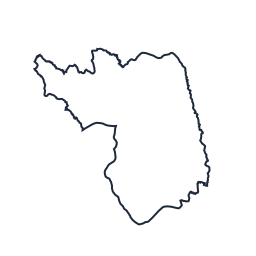 Logroño, Morona Santiago, Ecuador, rotated 343°
{"feature_id": "8360857B64842407463110", "entity_name": "Logroño", "entity_type": "district", "adm_level": 2, "iso_a3": "ECU", "parent_name": "Ecuador", "parent_adm1": "Morona Santiago", "projection": "robinson", "projection_center": [-78.085, -2.764], "detail": "fine", "context": "isolated", "style": "outline", "palette": "slate", "viewbox_px": 256, "rotation_deg": 343, "n_neighbors": 0, "source": "geoboundaries", "source_scale": "gbopen_adm2", "svg_char_len": 5712}
<svg xmlns="http://www.w3.org/2000/svg" viewBox="0 0 256 256"><g transform="rotate(343 128 128)"><path d="M147.1,64.9L147.0,65.7L146.1,66.6L144.1,66.6L141.8,67.8L141.3,68.4L141.0,68.4L140.8,67.6L140.1,67.4L140.2,66.8L139.9,66.6L139.9,66.1L139.6,66.1L139.5,65.2L138.6,64.9L138.6,64.1L138.2,63.8L139.8,62.9L139.9,62.6L139.6,62.4L139.9,62.1L139.1,61.6L138.9,60.8L139.6,60.6L138.3,59.3L138.3,58.1L138.5,57.5L138.4,57.2L138.1,57.1L138.6,55.8L138.1,55.9L137.6,55.5L138.0,54.7L137.6,54.6L137.2,55.0L136.7,54.9L136.5,54.5L136.6,53.8L135.5,53.1L133.9,53.3L133.0,52.3L132.3,52.4L132.1,51.7L132.5,51.2L131.9,50.8L131.9,50.3L131.5,49.9L130.7,50.0L130.4,49.7L129.9,47.7L128.2,46.9L127.3,46.7L127.1,46.4L127.0,45.8L125.1,44.3L124.3,44.0L122.3,43.8L121.7,43.4L121.0,44.7L119.2,44.5L117.1,43.7L116.3,43.7L116.1,44.0L115.8,44.7L115.9,46.6L115.6,49.5L115.1,51.2L114.6,52.0L113.3,52.4L113.0,53.0L113.7,56.2L113.4,58.6L113.4,60.7L113.0,62.1L112.9,63.2L112.6,64.2L111.9,65.1L110.4,65.6L109.8,65.4L108.9,64.7L107.6,62.6L106.5,62.1L105.1,60.0L104.0,60.5L103.3,61.1L103.3,61.5L102.3,62.5L101.4,62.6L100.1,61.8L99.7,60.8L98.3,60.6L97.9,60.9L97.5,60.6L97.4,59.9L97.1,59.7L97.3,59.1L97.0,58.4L97.2,57.0L97.0,56.3L97.2,55.1L96.3,54.0L96.4,53.3L96.2,52.8L95.4,51.9L94.5,52.5L93.2,52.7L90.4,51.4L86.1,54.7L85.4,56.3L84.9,55.9L83.9,56.0L82.7,57.2L82.3,55.1L82.8,54.2L82.3,54.1L82.0,53.4L81.6,53.6L80.9,53.2L80.7,52.7L79.5,51.5L78.1,50.7L77.5,50.2L76.8,50.1L76.9,48.5L76.1,47.9L76.3,47.3L76.0,46.8L76.1,46.4L74.9,45.6L74.7,44.7L74.2,43.8L74.6,43.5L74.5,43.3L73.6,43.1L73.1,42.3L73.2,42.0L72.7,41.5L72.3,41.9L71.0,40.7L70.0,40.9L69.2,40.1L68.7,40.0L68.7,39.3L67.5,37.6L66.4,35.3L66.4,34.2L65.9,33.5L65.3,33.4L65.1,32.7L64.7,32.8L64.9,32.3L64.3,32.3L63.2,33.0L62.4,32.7L62.0,33.0L62.0,33.6L61.5,33.4L60.4,35.0L59.7,35.3L59.2,36.5L58.1,37.2L59.9,40.4L59.9,41.7L59.0,42.9L57.5,44.0L55.8,44.2L56.2,45.6L56.5,46.3L57.0,46.5L57.6,48.1L57.8,50.0L59.7,52.2L59.6,53.1L60.3,53.3L60.7,53.8L61.1,56.1L61.4,56.7L61.0,59.8L61.3,60.5L61.2,61.6L61.5,62.5L59.5,65.7L59.7,67.9L58.1,71.1L57.8,72.1L58.0,72.7L58.5,73.2L59.5,73.6L60.4,73.4L61.3,72.7L62.1,72.5L62.8,72.4L63.8,72.8L64.3,73.5L66.0,74.5L67.3,76.0L68.4,77.9L68.2,78.6L68.4,78.9L70.4,80.2L73.4,80.9L75.3,83.2L75.7,84.0L75.7,85.0L76.8,85.4L76.5,87.6L77.0,88.8L76.9,89.2L74.8,90.0L74.4,90.5L74.4,91.0L75.1,91.0L75.3,91.3L74.9,91.8L73.9,91.9L73.6,92.3L76.5,93.2L76.5,93.6L77.2,94.3L78.2,96.1L78.3,96.7L78.2,97.5L78.5,97.6L78.5,98.0L79.0,98.5L78.7,98.9L79.0,99.5L79.4,99.7L79.5,100.0L79.5,101.5L79.3,102.1L79.8,103.4L80.0,103.6L80.7,102.7L81.3,103.2L81.6,103.0L82.0,103.7L82.1,106.2L83.1,107.6L83.2,108.8L84.2,109.7L84.4,110.3L84.1,111.2L83.9,113.2L84.7,114.9L83.9,116.8L87.2,115.8L94.3,114.2L96.6,113.8L99.6,113.9L102.5,115.0L105.1,116.3L107.9,118.8L110.4,120.2L115.4,122.2L117.1,122.5L115.6,124.7L113.6,129.6L111.8,132.4L111.6,133.4L111.8,134.5L112.7,136.5L113.0,138.7L112.3,140.5L111.8,141.0L111.5,141.7L110.2,143.0L108.4,144.0L108.5,147.0L107.6,152.2L106.8,154.0L104.9,155.7L99.5,157.2L97.8,158.3L95.7,160.3L94.7,160.9L93.5,162.2L92.8,163.4L92.4,165.7L92.4,167.8L93.3,169.3L94.7,170.3L95.5,171.5L95.7,173.6L96.0,174.5L95.8,178.7L95.0,181.0L94.9,184.5L96.2,188.0L98.5,191.1L98.3,196.0L98.7,198.3L100.3,201.4L100.6,203.6L101.0,204.5L102.5,206.5L104.4,212.8L104.2,213.6L105.5,217.2L107.3,220.1L109.9,223.1L110.7,223.5L114.7,223.7L116.9,223.1L119.3,223.5L120.3,223.3L125.3,220.8L133.0,216.3L137.9,214.0L139.1,213.8L141.6,214.1L143.7,214.8L146.3,215.9L151.8,219.1L153.1,219.6L154.6,219.2L156.9,217.6L156.9,212.7L158.5,212.8L159.5,213.9L160.9,214.4L162.1,215.2L164.5,215.7L165.7,214.0L166.2,212.6L166.0,211.2L166.1,210.6L166.8,209.2L167.8,208.6L168.2,207.7L169.7,207.3L170.0,207.7L170.1,208.7L170.6,208.8L171.2,208.7L171.4,209.8L171.8,209.9L172.3,209.8L172.5,210.4L173.2,210.7L173.6,210.2L174.2,210.3L174.5,210.0L175.1,210.2L176.1,210.0L176.7,208.8L176.7,207.8L177.2,206.2L177.3,204.7L178.0,203.2L177.9,201.9L178.7,201.4L178.8,200.8L179.5,200.1L180.0,200.2L181.0,201.4L181.7,200.9L183.0,201.5L183.6,202.4L185.2,203.0L185.3,203.4L184.2,204.1L184.0,204.6L184.9,204.8L185.1,205.6L186.8,206.4L187.7,203.4L188.4,203.2L188.4,202.2L188.6,201.8L189.2,201.3L189.6,199.5L190.8,197.9L191.0,196.8L191.0,194.6L192.9,193.3L193.7,191.9L194.2,189.6L194.1,189.0L193.5,188.2L192.3,187.3L191.3,185.9L191.2,185.4L192.8,183.3L193.6,182.8L194.3,183.0L194.9,182.7L194.9,181.7L194.4,180.4L194.7,179.2L194.3,178.4L195.1,176.9L195.2,176.3L194.6,175.2L194.3,171.7L196.3,168.3L196.4,167.7L195.5,166.0L194.3,164.4L193.4,161.1L194.5,159.8L195.7,157.3L196.0,155.9L196.5,155.1L196.8,154.9L198.0,154.8L198.2,154.1L197.5,152.5L197.4,151.2L196.1,150.9L195.9,150.5L196.4,148.6L196.2,147.2L196.3,146.9L197.2,146.7L197.7,145.8L197.5,145.3L196.8,144.6L197.7,141.0L197.7,138.5L197.3,137.9L197.3,136.7L197.5,136.3L198.3,135.8L198.4,135.4L197.5,133.9L196.2,133.1L196.3,132.8L197.3,132.2L196.8,130.2L196.2,129.0L196.1,127.5L197.1,126.2L197.5,123.0L197.1,121.7L197.6,119.8L197.3,118.5L196.7,117.5L197.8,115.0L197.9,113.9L197.3,112.9L198.7,110.5L198.6,110.2L197.9,110.0L197.5,109.4L196.8,107.8L197.9,106.2L197.7,105.1L198.3,105.0L197.8,103.9L197.9,102.5L198.3,102.4L198.3,101.6L198.0,100.6L198.9,100.1L199.1,99.6L198.2,99.0L198.1,98.8L198.6,97.6L198.5,96.9L199.1,96.7L198.8,95.3L198.8,93.5L199.6,91.9L199.4,91.2L199.7,90.2L199.6,89.4L199.9,89.2L200.2,88.0L200.2,87.1L199.3,86.0L198.3,84.4L198.2,82.3L197.8,81.3L197.0,80.1L196.3,75.9L193.9,71.1L192.6,69.4L191.8,68.9L191.1,68.8L188.6,69.5L183.9,68.9L182.1,69.5L180.4,70.5L178.2,70.2L177.4,70.0L175.5,68.5L173.5,66.3L167.0,61.6L163.9,60.3L161.9,60.6L157.7,62.8L155.1,65.0L154.4,65.1L153.0,64.5L151.8,63.5L151.2,63.3L150.4,63.4L148.7,64.3L147.1,64.9Z" fill="none" stroke="#1e293b" stroke-width="2"/></g></svg>